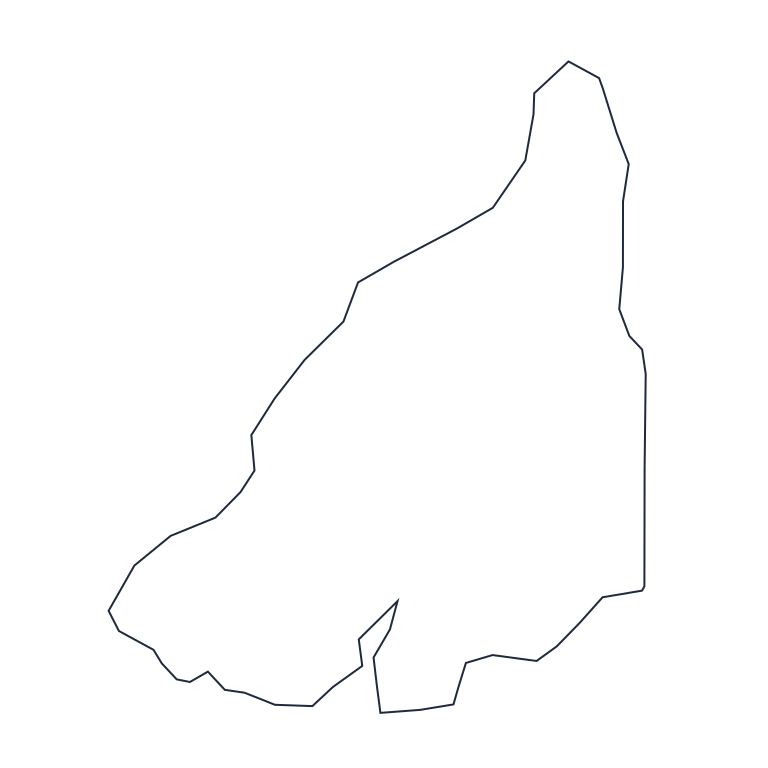 the district of Nam-gu [South District], Ulsan, South Korea, rotated 92°
{"feature_id": "91817680B65451529480853", "entity_name": "Nam-gu [South District]", "entity_type": "district", "adm_level": 2, "iso_a3": "KOR", "parent_name": "South Korea", "parent_adm1": "Ulsan", "projection": "mercator", "projection_center": [129.334, 35.502], "detail": "fine", "context": "isolated", "style": "outline", "palette": "slate", "viewbox_px": 768, "rotation_deg": 92, "n_neighbors": 0, "source": "geoboundaries", "source_scale": "gbopen_adm2", "svg_char_len": 905}
<svg xmlns="http://www.w3.org/2000/svg" viewBox="0 0 768 768"><g transform="rotate(92 384 384)"><path d="M577.1,116.7L459.6,120.6L364.9,122.8L340.6,127.2L327.4,140.5L301.0,151.5L259.2,149.3L193.1,151.5L155.7,147.1L124.8,160.3L80.8,175.7L70.8,179.7L55.2,210.9L88.2,244.0L109.4,244.0L155.7,250.6L204.1,281.4L226.1,316.6L244.3,348.4L244.4,348.5L244.6,348.9L261.4,378.3L283.4,413.5L323.0,426.7L362.7,464.2L402.3,492.8L439.7,514.8L475.0,510.4L497.0,523.6L523.4,547.8L543.2,591.9L574.1,627.1L620.3,651.3L640.1,640.3L657.7,605.1L671.0,596.3L686.4,580.9L688.6,567.6L677.6,550.0L695.2,532.4L697.4,512.6L708.4,481.8L708.4,444.3L688.6,424.5L666.5,395.9L640.1,400.3L600.5,362.9L629.1,369.5L657.7,384.9L686.4,380.5L712.8,376.1L708.4,336.4L701.8,303.4L684.2,299.0L659.9,292.4L651.1,266.0L655.5,221.9L640.1,202.1L615.9,180.1L589.5,158.1L581.5,118.9L577.1,116.7Z" fill="none" stroke="#1e293b" stroke-width="2"/></g></svg>